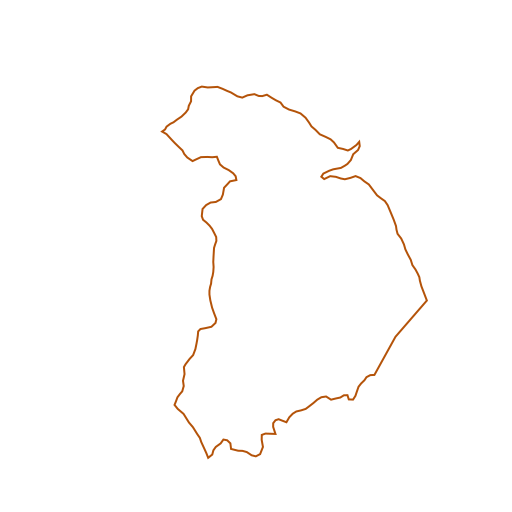 outline of Assis, São Paulo, Brazil, rotated 328°
{"feature_id": "56859067B72357752208353", "entity_name": "Assis", "entity_type": "district", "adm_level": 2, "iso_a3": "BRA", "parent_name": "Brazil", "parent_adm1": "São Paulo", "projection": "natural_earth1", "projection_center": [-50.43, -22.579], "detail": "fine", "context": "isolated", "style": "outline", "palette": "amber", "viewbox_px": 512, "rotation_deg": 328, "n_neighbors": 0, "source": "geoboundaries", "source_scale": "gbopen_adm2", "svg_char_len": 2909}
<svg xmlns="http://www.w3.org/2000/svg" viewBox="0 0 512 512"><g transform="rotate(328 256 256)"><path d="M350.7,125.0L346.0,123.7L343.1,121.7L340.4,117.9L333.9,115.2L328.3,114.4L324.8,110.7L321.4,104.0L319.0,100.7L316.3,96.6L313.0,92.2L310.0,90.6L304.4,87.5L299.8,83.6L295.6,82.8L291.5,83.2L285.6,86.2L282.9,90.4L278.6,93.0L276.2,95.6L272.4,97.1L266.7,98.3L261.0,98.5L256.9,98.9L253.5,98.5L248.7,98.9L245.9,100.5L242.3,100.7L244.7,105.2L246.1,112.8L247.0,117.2L248.4,122.9L249.6,127.5L249.2,131.5L249.9,136.0L252.5,141.9L256.2,142.3L261.7,143.0L267.2,146.2L271.3,149.1L275.4,151.1L274.6,155.4L274.0,159.2L275.4,163.8L278.4,168.7L280.5,173.8L281.0,177.6L279.6,181.2L273.5,178.9L270.1,179.9L265.1,181.2L260.4,186.4L256.4,189.2L250.6,188.9L245.8,186.6L240.7,186.4L235.6,187.8L231.1,193.5L230.3,197.2L231.7,201.3L232.7,205.6L233.1,209.8L232.7,214.7L232.3,218.8L230.4,222.2L227.5,224.5L224.7,226.9L219.8,233.8L216.6,238.4L214.2,242.9L211.3,246.9L208.7,249.8L205.9,252.2L203.2,255.7L200.7,257.9L198.1,260.8L196.1,264.0L193.8,269.3L191.4,276.5L190.1,282.4L188.9,288.6L186.2,291.3L180.7,292.4L174.7,290.3L170.2,288.5L167.0,289.3L164.6,292.5L161.3,296.4L159.0,298.9L155.3,302.8L150.2,306.7L145.1,308.1L138.8,310.5L136.0,312.0L132.8,318.3L128.0,323.1L125.8,328.0L121.7,331.7L118.4,332.7L114.5,334.2L110.9,337.0L108.0,339.1L108.6,344.2L110.9,351.5L110.9,357.4L110.9,361.7L111.8,367.8L111.8,375.8L112.0,380.5L111.0,384.7L110.1,391.8L109.4,397.0L108.5,401.8L113.7,401.2L116.9,398.2L120.7,396.6L126.7,396.2L131.1,394.4L133.9,397.0L135.0,401.3L132.6,406.4L137.7,411.7L141.3,414.1L144.3,417.4L146.7,422.7L149.7,425.8L154.5,426.2L160.7,421.6L163.4,414.9L166.1,410.8L169.9,411.6L178.2,417.2L180.0,410.0L182.0,406.9L185.5,405.6L188.7,406.4L190.9,409.4L193.7,413.1L198.8,410.4L203.6,409.2L207.8,409.2L212.4,410.8L217.1,412.0L220.8,411.7L226.8,411.1L231.8,410.3L236.6,410.4L241.0,412.3L243.5,417.6L248.4,419.2L252.5,420.7L256.7,420.7L259.8,422.5L258.7,426.8L262.2,429.2L266.2,427.3L269.1,424.9L273.7,421.2L277.6,419.8L282.2,418.8L285.5,417.3L289.8,417.6L293.4,419.6L331.5,398.4L377.3,384.3L379.2,374.6L380.2,369.4L381.9,363.8L383.3,360.5L383.8,356.6L384.1,352.0L383.8,346.6L385.2,341.3L385.6,335.0L386.2,329.5L387.6,324.6L388.4,318.1L387.8,312.2L389.1,308.1L390.6,304.8L392.0,298.3L393.2,291.2L394.6,282.6L394.4,277.7L392.5,273.2L390.8,268.7L390.3,263.2L389.6,255.1L387.4,250.0L385.9,245.3L382.8,241.0L377.5,239.8L372.0,238.0L368.9,235.1L365.7,231.2L361.2,227.6L354.6,226.9L353.4,223.4L356.8,221.8L363.3,222.5L367.4,223.4L374.7,226.3L379.2,226.5L382.3,226.4L387.3,224.9L392.4,221.2L398.7,220.2L402.2,217.8L404.0,213.9L400.0,215.1L393.2,215.6L389.8,215.2L386.5,211.3L382.7,207.6L382.3,201.0L381.1,196.6L378.2,191.9L374.6,186.6L373.3,180.6L371.7,175.5L371.7,170.9L371.3,165.0L369.3,158.7L365.9,154.2L361.6,149.3L358.5,144.0L358.1,138.8L355.4,134.5L353.1,130.1L350.7,125.0Z" fill="none" stroke="#b45309" stroke-width="2"/></g></svg>